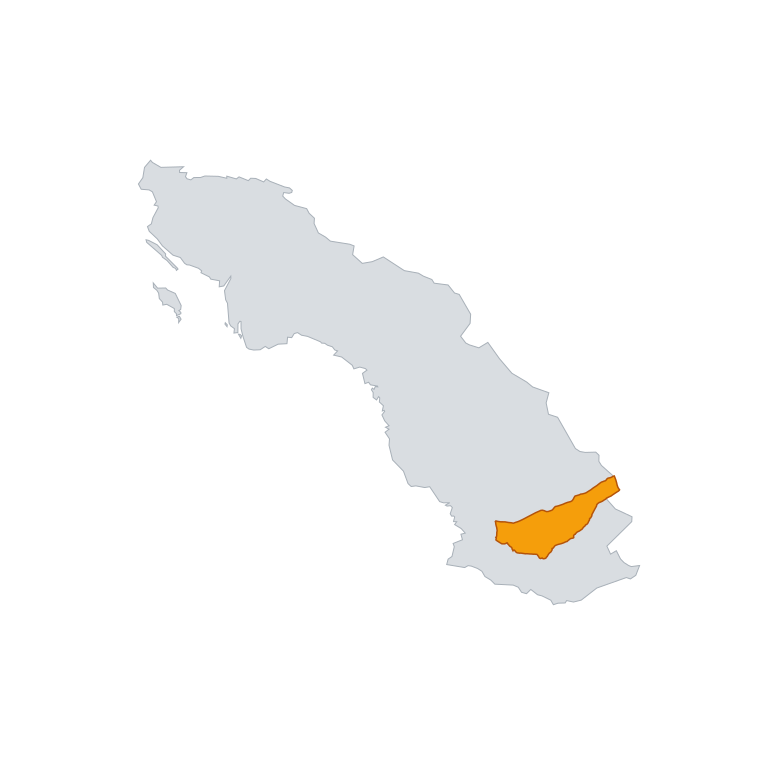 location of Gällivare, Norrbotten, Sweden, rotated 116°
{"feature_id": "70781695B62555588892194", "entity_name": "Gällivare", "entity_type": "district", "adm_level": 2, "iso_a3": "SWE", "parent_name": "Sweden", "parent_adm1": "Norrbotten", "projection": "mercator", "projection_center": [20.036, 67.205], "detail": "fine", "context": "in_parent", "style": "filled", "palette": "amber", "viewbox_px": 768, "rotation_deg": 116, "n_neighbors": 0, "source": "geoboundaries", "source_scale": "gbopen_adm2", "svg_char_len": 6686}
<svg xmlns="http://www.w3.org/2000/svg" viewBox="0 0 768 768"><g transform="rotate(116 384 384)"><path d="M254.2,552.9L255.9,558.1L259.5,557.4L260.9,553.7L262.7,542.7L260.3,530.4L263.4,526.1L265.5,519.2L270.4,517.2L277.0,509.2L277.6,500.9L279.1,494.8L273.4,476.1L273.0,471.4L281.5,468.9L285.1,456.4L279.2,448.2L270.1,440.3L273.2,415.4L269.3,401.7L269.8,395.8L269.1,386.8L271.4,383.1L266.9,369.8L271.3,360.5L270.5,355.7L283.3,336.7L291.8,333.2L307.5,336.1L311.3,328.5L311.4,324.4L309.9,314.6L301.1,308.9L310.7,291.2L318.3,273.7L319.7,256.5L321.5,249.1L319.6,232.0L329.9,230.0L339.1,222.9L337.8,213.4L358.1,183.7L358.8,178.4L357.3,173.2L352.4,163.8L353.8,159.5L359.3,157.0L361.9,152.9L366.0,138.3L377.2,126.7L389.5,134.4L394.9,121.3L394.6,102.9L399.1,101.0L432.0,112.6L437.6,105.8L432.0,102.1L437.6,94.7L439.3,90.0L439.9,84.6L439.7,81.7L435.1,74.7L445.6,73.8L451.2,77.1L451.7,81.3L474.1,103.3L491.8,112.0L496.9,118.1L498.6,124.9L501.4,125.2L504.7,131.5L508.1,135.0L505.2,139.3L505.2,149.2L506.1,153.6L504.3,162.0L510.0,164.0L510.9,169.1L507.8,174.2L508.1,179.7L515.3,196.6L513.4,202.1L512.8,208.9L509.4,213.9L508.8,219.1L509.4,225.7L510.4,228.8L513.6,231.0L518.8,248.5L513.3,249.6L509.2,247.3L499.4,249.5L497.0,252.0L489.6,245.2L485.3,249.0L482.4,245.6L480.1,251.2L479.4,258.9L475.9,258.3L477.2,261.2L472.5,262.2L472.1,263.4L473.1,265.3L471.6,267.6L465.1,268.4L464.2,270.9L466.1,273.8L466.0,275.7L461.9,272.9L464.7,278.4L465.3,282.4L456.3,297.9L459.2,302.0L461.6,310.7L464.2,314.6L463.0,318.7L453.8,328.3L448.5,343.0L436.9,352.6L430.9,355.0L426.9,361.9L422.4,359.7L422.2,363.7L419.3,361.2L416.8,367.2L412.7,372.3L408.2,371.4L407.6,372.3L409.0,373.7L403.8,375.0L402.2,380.3L398.4,381.7L397.7,383.3L401.6,383.7L400.8,387.9L396.4,390.0L394.7,392.8L392.8,392.7L393.2,390.6L390.2,390.7L389.3,388.3L388.7,389.0L390.7,395.8L389.2,398.6L392.0,401.3L383.9,408.0L379.0,405.4L378.3,407.5L379.4,413.2L383.6,417.7L381.1,420.7L378.3,433.9L380.1,441.9L374.6,440.2L375.0,443.1L373.2,446.7L373.9,451.8L373.4,455.1L374.6,458.1L373.9,459.5L374.7,473.6L376.3,479.5L375.7,484.2L378.0,486.8L382.8,487.3L384.2,491.2L390.3,488.9L394.6,496.6L402.8,503.0L402.3,507.2L407.5,510.3L410.6,516.0L411.8,520.7L411.3,523.6L403.2,531.5L397.0,536.7L390.5,539.9L390.8,541.1L394.0,541.6L401.8,537.9L404.0,541.2L399.8,542.7L399.0,547.2L397.1,550.0L380.0,560.1L377.7,563.2L370.0,568.3L356.3,567.9L354.2,569.0L366.1,571.0L368.9,574.7L363.3,577.0L365.7,585.7L364.3,587.8L364.2,597.3L362.2,597.5L361.3,601.4L362.3,610.9L363.3,613.5L362.9,616.2L359.6,622.5L360.7,630.1L357.0,643.7L352.9,651.5L349.7,661.9L346.2,665.6L342.0,663.3L335.8,664.6L324.5,664.2L323.1,665.2L324.0,669.0L319.9,668.4L312.8,676.4L312.5,680.2L315.4,687.6L311.9,692.4L304.3,691.2L294.3,694.2L285.2,691.9L286.4,689.3L287.1,679.5L276.6,659.4L281.5,661.5L283.5,660.4L280.5,653.8L284.7,653.3L285.9,651.0L285.2,647.1L281.8,645.4L278.8,639.4L275.6,636.2L270.0,624.0L268.0,615.5L266.1,616.4L264.4,606.6L261.4,605.1L260.7,595.1L257.5,594.0L255.5,589.4L255.1,580.7L251.3,579.6L251.8,575.4L250.5,559.8L249.2,554.9L250.2,551.3L252.3,550.9L254.2,552.9ZM413.5,600.5L411.8,601.4L410.8,604.2L408.1,605.5L407.6,614.2L410.0,617.4L407.5,618.9L405.7,623.4L401.1,626.4L399.3,629.3L398.3,633.5L394.3,635.7L397.1,629.5L393.4,622.3L394.4,619.7L394.1,611.3L402.4,600.7L406.2,599.4L407.9,600.6L408.7,598.0L409.9,597.4L413.5,600.5ZM360.7,659.4L358.7,661.1L358.1,658.6L358.3,649.0L362.8,637.3L364.9,636.4L370.4,620.5L371.0,619.5L372.9,620.4L371.5,621.9L371.6,624.7L368.1,633.2L367.2,638.7L365.9,640.1L360.7,659.4ZM415.2,597.1L414.8,599.5L412.8,597.6L414.7,594.8L418.8,595.5L415.2,597.1ZM405.7,532.7L403.0,536.7L402.5,535.1L403.1,533.1L405.7,532.7ZM399.9,553.2L398.5,553.5L399.5,550.8L401.3,550.2L399.9,553.2Z" fill="#d9dde1" stroke="#a8b0b8" stroke-width="1"/><path d="M389.1,133.8L387.6,132.9L385.1,130.8L383.9,130.2L380.6,128.3L378.8,127.2L377.4,126.3L376.3,125.9L375.8,125.9L375.4,126.7L375.0,127.4L374.4,128.4L372.6,130.2L370.6,131.8L368.6,133.6L366.8,135.5L365.7,136.7L366.3,137.4L366.9,137.9L368.1,138.7L369.4,140.0L370.4,141.4L371.8,142.1L373.3,142.3L373.9,142.6L374.8,143.6L375.7,144.4L376.9,145.6L378.1,146.3L379.2,146.8L379.9,147.2L381.9,148.1L385.7,150.4L388.6,151.8L390.1,152.8L391.1,153.4L392.4,154.2L393.6,155.0L394.7,156.2L396.0,157.7L396.6,158.8L398.1,160.0L399.9,162.0L400.8,163.0L401.3,163.3L403.1,163.4L404.5,163.4L405.8,163.6L406.5,163.8L407.4,164.3L408.5,165.4L409.9,167.1L412.0,169.1L413.4,170.2L414.6,171.4L415.6,172.4L417.0,173.8L418.2,175.2L419.0,176.3L420.1,176.7L421.7,177.1L422.9,177.3L424.0,177.9L425.5,179.4L426.7,180.6L427.5,182.2L427.6,183.5L427.6,184.5L428.0,186.3L428.8,187.6L430.4,188.9L433.2,191.3L436.1,193.4L440.0,196.3L444.5,199.6L447.4,201.9L449.0,203.3L450.6,205.0L452.4,206.7L452.9,208.7L454.0,211.7L454.9,214.9L456.7,218.6L457.6,221.5L458.0,223.4L458.2,223.5L459.0,223.6L459.3,223.0L460.0,222.7L460.9,222.1L462.3,221.0L463.6,219.8L466.2,218.0L467.8,217.6L469.6,216.8L471.0,216.2L471.9,216.0L472.4,216.2L472.9,216.2L472.9,215.9L473.1,215.6L473.7,215.4L474.4,215.3L475.1,215.0L475.4,213.7L475.7,211.1L476.0,208.1L475.6,207.2L475.2,206.3L474.7,205.4L473.9,204.6L473.2,204.1L472.8,203.8L472.9,203.3L473.4,202.8L473.6,202.3L473.8,201.7L474.6,200.0L474.8,198.5L475.0,197.6L475.7,196.8L476.2,196.5L477.3,195.0L477.1,195.0L476.4,194.6L476.2,193.9L476.6,193.0L477.1,192.0L477.4,190.6L477.2,189.7L476.9,188.9L476.6,187.9L476.0,186.9L474.6,182.4L474.0,181.4L473.5,180.2L472.8,178.3L472.2,177.0L471.4,174.9L470.9,174.0L470.5,172.8L470.1,172.0L470.4,171.0L470.8,170.6L471.0,169.9L471.7,168.9L472.2,168.2L472.3,167.5L472.3,166.9L472.0,166.6L471.6,166.1L471.1,165.6L471.2,164.9L471.3,164.5L471.0,163.7L470.5,163.1L470.1,162.6L469.3,162.1L468.8,162.1L468.0,162.0L467.6,161.7L465.3,161.6L463.7,161.3L463.0,161.0L462.2,160.5L461.2,160.3L459.6,160.2L459.0,160.3L458.7,160.7L458.1,160.8L457.5,160.1L456.5,159.8L455.4,159.7L454.4,159.4L453.8,159.0L453.0,158.3L451.7,157.0L449.9,154.8L448.1,153.0L446.1,151.4L445.3,150.4L443.4,149.7L442.6,149.2L441.8,148.9L441.2,148.6L440.8,148.1L440.2,147.3L439.7,146.7L439.2,146.2L438.6,146.2L438.1,146.6L437.5,147.0L437.0,147.1L436.4,147.0L435.7,146.8L435.1,146.2L434.6,146.2L433.5,145.9L432.2,145.4L431.2,144.5L430.4,143.9L429.5,143.4L428.7,143.0L427.9,142.4L425.8,142.0L424.9,141.8L423.8,141.2L422.7,141.1L421.9,140.9L421.5,140.3L420.0,139.8L418.4,139.8L417.0,139.8L416.2,139.7L415.5,139.9L414.9,140.2L414.3,140.0L413.9,139.6L412.8,139.5L411.7,139.4L411.1,139.5L410.4,139.9L404.3,139.7L400.7,139.5L400.1,139.6L399.2,139.9L398.8,139.8L397.4,139.3L396.8,139.0L395.7,138.2L395.2,137.6L394.4,137.0L393.7,136.4L392.5,135.7L391.4,135.1L390.5,134.4L389.1,134.0L389.1,133.8Z" fill="#f59e0b" stroke="#b45309" stroke-width="1.5"/></g></svg>